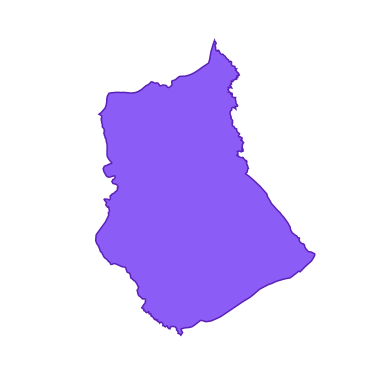 Bar Kaev, Rôtânôkiri, Cambodia, rotated 323°
{"feature_id": "14789045B1081275636897", "entity_name": "Bar Kaev", "entity_type": "district", "adm_level": 2, "iso_a3": "KHM", "parent_name": "Cambodia", "parent_adm1": "Rôtânôkiri", "projection": "natural_earth1", "projection_center": [107.211, 13.715], "detail": "fine", "context": "isolated", "style": "filled", "palette": "violet", "viewbox_px": 384, "rotation_deg": 323, "n_neighbors": 0, "source": "geoboundaries", "source_scale": "gbopen_adm2", "svg_char_len": 5960}
<svg xmlns="http://www.w3.org/2000/svg" viewBox="0 0 384 384"><g transform="rotate(323 192 192)"><path d="M164.5,73.9L165.3,75.8L165.6,76.9L164.6,78.4L164.0,78.4L163.4,79.1L163.3,79.7L162.8,79.9L162.5,81.1L161.7,82.0L161.1,84.1L159.7,85.8L159.5,86.5L159.8,87.4L159.5,89.1L159.2,89.9L158.8,90.1L158.3,90.8L158.3,91.3L157.1,91.8L156.8,92.3L156.9,92.9L156.3,93.6L155.9,95.5L155.5,96.0L155.2,96.6L155.4,97.6L153.7,100.6L152.8,102.8L151.7,104.5L146.4,111.3L145.7,112.9L145.3,115.4L145.4,120.4L145.0,120.8L142.5,119.9L140.0,119.5L138.2,118.8L137.2,118.8L135.1,119.9L134.4,121.4L133.9,122.9L133.4,126.3L133.3,127.5L133.6,129.0L134.5,130.1L135.7,130.8L139.5,132.2L140.1,132.8L139.4,134.1L137.4,134.8L136.3,134.4L135.6,135.0L134.4,135.2L134.0,137.6L136.3,140.6L136.2,143.1L135.9,143.7L134.8,143.8L134.3,144.8L133.8,145.2L132.4,145.8L131.1,145.6L129.6,146.0L126.1,145.5L125.6,146.1L124.2,145.9L123.0,147.9L122.2,148.5L121.3,148.6L119.7,146.4L117.8,144.9L117.3,145.1L117.2,146.1L117.3,148.9L117.0,149.4L115.7,150.1L115.4,150.5L115.3,151.2L115.4,153.3L116.5,153.7L115.5,155.5L115.1,156.9L114.3,157.7L112.5,158.4L112.2,159.3L111.4,160.5L104.9,163.8L90.2,168.3L89.4,168.8L85.8,172.9L85.0,175.4L84.8,177.2L84.8,178.8L84.0,181.7L83.0,184.6L83.4,185.6L83.5,186.8L83.0,187.8L83.0,189.3L82.7,190.0L82.6,191.9L83.0,193.2L83.4,193.9L83.6,197.6L84.1,198.7L83.6,200.6L83.8,201.1L84.5,201.7L85.7,201.8L86.7,202.3L87.9,203.6L91.3,209.8L92.2,210.5L93.3,211.6L93.3,213.1L92.4,215.4L92.0,217.2L93.3,219.3L92.8,221.3L91.6,223.2L91.5,224.3L92.0,225.3L92.0,225.9L92.4,228.2L92.9,229.1L92.7,232.2L92.0,235.2L92.1,236.0L91.2,236.4L90.6,237.0L89.7,237.1L88.9,237.6L88.3,239.3L87.5,240.8L87.1,243.0L87.4,243.5L88.1,246.4L87.9,247.3L88.6,248.0L90.1,249.0L90.2,249.7L89.7,250.6L88.7,251.4L88.1,252.2L87.1,252.7L85.9,252.8L84.3,253.5L83.2,254.0L82.3,254.1L82.2,254.8L83.1,256.5L82.4,257.2L82.2,257.8L82.9,259.2L82.8,260.5L83.1,261.0L84.6,261.6L85.2,261.5L85.2,262.0L84.4,263.4L84.7,263.9L85.5,264.1L85.8,264.9L84.8,266.0L84.7,266.8L85.5,267.6L85.6,268.2L85.3,269.6L85.5,270.3L85.3,271.1L85.7,271.8L86.3,271.5L87.2,273.3L86.5,273.2L86.7,274.6L87.3,275.7L87.3,277.3L87.9,277.0L89.1,277.3L89.5,278.8L89.5,279.8L89.0,280.5L88.5,280.8L88.3,281.3L89.0,282.1L89.5,283.7L91.3,283.8L91.5,284.4L91.1,285.6L91.3,287.1L92.0,288.0L93.5,287.0L94.9,287.2L96.2,288.2L97.6,290.0L97.4,292.4L96.6,292.8L96.8,294.4L96.7,295.6L95.8,296.3L96.8,298.2L96.9,299.7L99.9,298.6L100.4,295.7L101.0,294.8L104.5,296.2L108.4,298.6L110.9,299.6L114.3,299.8L121.6,299.7L123.3,301.4L124.7,303.6L126.9,305.1L128.5,305.7L129.4,306.4L136.3,308.1L140.0,308.8L167.0,310.2L174.7,311.0L179.2,310.9L187.3,310.3L190.7,310.8L197.7,312.0L199.7,312.8L205.6,314.1L213.1,316.9L219.0,319.7L229.6,319.5L230.3,320.8L238.2,319.6L245.9,319.0L250.1,317.4L252.4,316.0L252.7,315.0L251.1,311.7L249.6,310.2L248.7,308.6L249.0,307.2L248.7,306.3L248.9,305.2L248.9,304.3L249.5,302.7L250.0,301.9L249.7,300.3L249.0,299.9L248.6,299.0L248.2,296.6L248.5,295.4L248.9,294.4L250.0,293.6L249.9,292.9L249.2,292.6L249.0,292.1L249.2,290.2L248.2,287.8L247.5,285.0L247.8,282.2L248.5,280.5L249.3,279.0L250.0,274.0L250.1,268.1L249.8,263.7L249.9,261.8L249.2,257.6L249.1,255.5L248.5,249.4L249.3,243.3L249.3,241.8L250.6,238.5L249.8,228.6L248.0,218.0L246.9,213.3L245.7,209.7L247.2,209.3L248.1,209.3L250.3,207.2L251.3,207.1L251.4,206.2L251.8,205.6L251.8,205.0L252.3,204.1L252.5,202.4L253.6,201.2L254.2,200.7L254.3,199.8L253.7,199.9L253.5,199.1L253.6,197.3L253.3,196.3L253.5,195.6L253.4,194.9L252.6,194.7L251.7,193.8L250.9,192.4L250.8,191.2L250.5,190.7L250.0,190.5L250.0,189.6L251.6,189.4L252.5,187.8L252.5,187.1L253.2,187.2L254.5,187.7L255.3,189.4L256.6,188.9L256.5,189.8L257.1,190.1L257.7,190.0L257.9,189.2L258.6,188.5L258.0,187.3L258.7,187.0L260.3,184.8L260.8,184.8L261.1,184.2L261.6,183.9L262.9,183.7L262.9,181.2L262.2,180.6L262.3,179.8L264.0,179.8L264.5,179.0L263.7,176.8L263.0,176.7L262.7,175.8L263.0,175.0L265.0,174.2L265.0,173.6L264.5,172.3L264.3,171.2L264.7,169.8L265.6,168.4L264.5,166.7L264.8,165.9L264.9,165.1L264.1,163.6L265.3,161.4L266.0,161.4L266.6,159.9L267.3,159.7L267.5,158.9L267.4,156.5L267.7,156.0L268.2,156.0L269.0,154.0L269.0,153.1L270.7,150.9L271.3,150.6L273.3,150.3L273.8,149.1L275.2,148.7L276.7,150.9L276.9,152.0L277.4,151.0L277.2,150.5L277.4,149.8L277.9,149.7L278.3,150.2L278.8,150.4L279.3,150.2L279.9,150.8L280.6,150.2L280.4,147.7L281.3,146.6L282.5,143.8L283.7,142.8L282.1,141.5L281.3,139.8L282.8,138.6L283.2,137.7L282.5,137.8L281.8,137.3L282.9,136.1L282.6,135.6L281.9,135.2L281.3,134.4L282.1,134.3L282.3,132.9L282.1,132.0L283.7,131.6L283.9,130.3L284.8,130.8L286.3,132.8L286.7,130.9L286.6,129.7L287.5,129.4L288.4,129.6L288.4,128.7L289.9,128.2L290.2,127.3L291.2,128.3L291.9,127.9L292.2,127.4L293.1,127.9L294.5,128.1L295.1,128.7L295.8,128.7L296.3,128.3L296.0,127.6L296.7,127.6L297.4,126.7L297.8,127.6L298.6,126.4L299.3,127.1L300.2,127.1L300.5,125.6L300.4,124.9L300.6,124.4L300.2,123.7L300.4,122.1L300.0,121.0L301.7,120.4L301.0,119.9L300.9,119.3L301.8,117.6L300.1,115.4L300.2,114.0L300.6,113.3L301.6,112.4L301.8,111.6L301.6,111.0L301.2,110.6L300.3,110.7L300.2,110.1L300.6,108.2L299.8,106.0L300.1,105.1L300.0,102.7L299.4,102.0L299.6,101.2L299.5,100.5L298.0,99.3L298.2,97.0L298.6,95.8L298.5,95.0L298.2,94.4L297.3,94.9L296.5,93.6L296.7,92.5L297.6,91.0L298.2,90.3L298.5,89.0L299.2,88.1L300.4,88.2L300.9,87.5L301.1,86.1L300.8,85.5L301.2,84.5L298.6,86.2L291.8,91.2L285.4,97.1L282.9,99.0L274.3,98.5L270.9,98.5L265.4,98.1L260.9,97.2L256.3,95.4L252.0,92.4L250.9,92.1L245.8,92.3L244.5,91.7L242.6,91.3L242.0,92.0L241.1,93.7L240.0,94.6L237.0,94.8L235.8,94.2L235.3,93.3L235.6,91.9L234.9,90.7L233.2,89.0L232.1,88.8L230.3,88.0L230.4,84.8L229.6,83.8L227.5,82.3L226.6,80.2L225.9,79.6L224.9,79.5L223.7,79.9L222.2,79.9L220.9,79.8L219.2,79.4L213.5,79.8L209.3,79.3L206.4,78.4L203.3,76.7L197.5,71.4L195.0,69.7L192.2,67.3L187.3,64.2L185.1,63.2L182.5,64.3L180.4,65.9L178.0,68.8L175.7,71.0L173.0,72.7L167.2,73.9L164.5,73.9Z" fill="#8b5cf6" stroke="#5b21b6" stroke-width="1.5"/></g></svg>